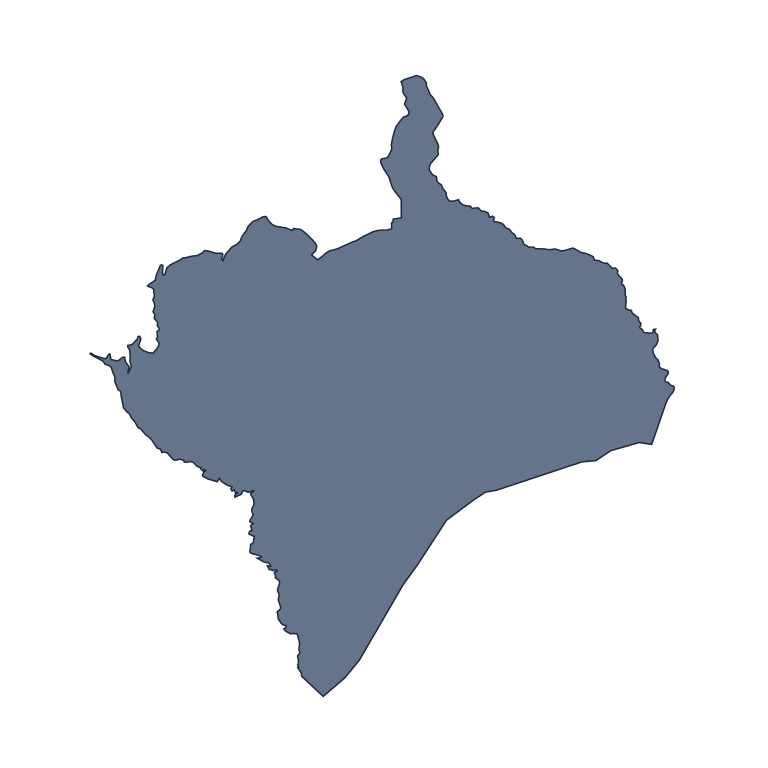 outline of Orsova, Mehedinti, Romania, rotated 352°
{"feature_id": "2599482B96117970441540", "entity_name": "Orsova", "entity_type": "district", "adm_level": 2, "iso_a3": "ROU", "parent_name": "Romania", "parent_adm1": "Mehedinti", "projection": "robinson", "projection_center": [22.398, 44.731], "detail": "fine", "context": "isolated", "style": "filled", "palette": "slate", "viewbox_px": 768, "rotation_deg": 352, "n_neighbors": 0, "source": "geoboundaries", "source_scale": "gbopen_adm2", "svg_char_len": 6156}
<svg xmlns="http://www.w3.org/2000/svg" viewBox="0 0 768 768"><g transform="rotate(352 384 384)"><path d="M468.0,91.9L465.7,87.2L463.6,85.4L459.2,83.1L446.6,85.3L443.0,86.9L444.1,92.5L443.4,96.8L443.6,98.6L446.1,103.6L446.0,104.4L443.3,109.7L446.3,116.9L446.6,117.9L446.0,120.1L445.1,121.1L443.8,121.7L440.5,122.4L436.8,125.6L431.6,131.0L428.6,137.1L426.0,143.6L424.5,148.5L424.5,151.7L423.3,154.3L419.4,159.8L418.1,160.5L413.3,160.7L412.4,161.1L411.8,162.1L411.6,164.4L413.9,171.6L417.6,179.4L419.4,189.5L420.7,193.3L426.7,203.6L424.3,221.8L416.0,222.0L415.6,224.4L413.8,225.8L413.3,231.2L408.1,232.0L402.2,231.1L398.9,231.1L394.4,231.7L385.1,234.6L375.7,238.4L372.7,238.9L356.7,243.6L348.6,244.6L345.8,245.7L339.5,249.7L335.5,251.8L330.2,246.0L334.7,242.7L336.2,239.8L336.6,237.8L335.7,235.1L333.4,231.5L326.9,223.2L322.9,219.3L315.9,217.4L315.4,218.8L314.2,219.0L308.6,215.8L298.8,212.7L295.4,210.4L294.2,208.9L292.1,205.4L290.8,202.3L290.0,201.6L286.6,201.7L284.2,202.9L276.9,204.8L274.5,206.5L271.3,209.1L269.0,212.9L264.9,217.0L262.8,219.9L261.8,222.2L257.9,225.1L252.2,227.3L245.5,233.2L243.1,236.5L241.8,239.5L240.9,239.0L240.6,237.3L242.4,233.4L241.9,232.0L235.8,231.2L227.8,227.5L226.7,227.7L225.2,226.7L222.8,228.5L217.2,230.8L209.9,230.7L204.7,231.4L202.4,231.1L199.6,232.7L189.3,236.1L185.2,238.6L182.2,244.9L181.2,245.4L180.3,245.1L180.0,244.2L181.5,236.0L180.6,235.0L179.0,235.4L173.7,244.5L171.8,249.5L166.3,252.1L163.5,253.8L163.4,254.2L167.4,256.3L169.2,258.1L168.7,261.1L169.0,263.6L168.8,264.8L166.8,268.7L167.8,271.7L167.8,275.3L165.3,280.5L166.9,283.2L165.8,285.9L165.8,287.4L168.1,290.9L168.4,292.3L167.6,294.4L167.7,295.3L169.4,297.8L169.1,298.9L166.4,300.5L166.3,305.8L164.9,307.6L164.9,308.2L166.6,311.3L166.8,313.6L166.5,314.2L163.5,318.0L159.5,321.3L155.4,320.2L150.5,317.6L147.3,314.1L146.4,311.8L149.5,305.8L149.1,303.3L148.4,302.6L147.0,302.9L145.8,305.3L140.2,309.8L135.6,310.2L135.4,311.7L136.8,314.9L136.4,322.7L135.7,324.8L135.6,326.5L136.2,331.6L132.6,337.3L132.0,337.2L132.0,336.4L134.0,331.7L133.9,331.1L131.1,326.2L131.0,321.5L130.4,321.1L128.3,321.4L123.6,324.2L117.4,321.9L116.9,321.0L116.9,316.6L116.4,316.0L115.5,316.4L112.7,319.6L111.4,320.2L101.5,315.7L98.4,312.9L97.9,312.6L97.1,313.1L99.6,315.6L107.9,321.5L109.3,322.9L110.5,325.7L114.4,327.5L116.2,329.8L117.3,335.5L118.3,338.1L118.4,339.6L117.8,344.3L119.8,352.3L121.9,354.5L122.3,356.1L122.0,358.7L122.7,371.3L125.4,375.7L127.6,377.9L129.2,382.6L131.8,386.4L134.3,392.8L136.9,394.8L141.0,401.2L144.1,404.2L146.2,407.2L150.5,416.0L153.5,417.3L154.5,421.0L156.8,420.7L159.8,422.2L164.3,429.0L165.8,430.2L168.7,430.5L170.9,429.9L175.4,432.0L175.2,433.5L177.9,434.1L181.5,433.9L184.1,434.8L187.1,439.2L190.1,441.2L191.0,441.1L190.8,442.7L192.0,444.4L192.6,444.9L193.9,443.7L195.3,444.9L193.1,446.4L191.6,448.8L191.5,449.7L192.1,450.4L195.8,453.2L205.2,457.6L207.8,454.5L208.9,457.0L210.4,458.7L215.1,462.7L219.2,464.8L217.7,466.7L218.7,468.9L221.1,468.2L221.7,471.2L223.8,471.1L223.9,471.6L221.9,472.4L220.6,473.9L220.6,475.3L227.2,473.5L229.1,470.7L230.4,470.0L234.4,472.3L236.0,472.3L240.1,471.3L240.3,471.6L236.8,474.0L236.8,475.3L238.7,479.7L238.7,483.8L238.3,485.5L236.3,488.3L235.4,490.5L235.6,492.8L236.1,494.2L236.1,495.6L232.3,500.3L231.9,501.2L232.2,501.9L234.9,503.9L234.6,504.4L233.0,505.0L232.2,506.0L232.9,510.4L230.5,511.1L229.5,512.9L229.5,514.1L234.3,516.9L232.3,523.3L229.5,524.4L228.8,528.4L227.8,530.5L227.9,532.3L230.3,534.0L233.6,535.1L237.8,537.3L238.6,538.2L236.8,538.8L234.2,538.8L240.3,543.6L244.5,545.0L245.4,545.8L246.3,547.7L246.3,548.7L243.2,547.7L244.6,551.9L246.6,552.1L247.3,553.1L248.1,553.3L251.2,552.9L252.3,554.0L252.0,554.7L250.3,554.7L249.0,555.7L250.1,559.0L249.3,560.7L252.5,563.7L253.1,565.8L252.5,567.7L249.9,572.7L249.9,574.7L250.8,577.1L250.3,580.6L249.5,581.7L249.3,583.4L250.5,590.1L250.2,592.4L246.3,594.9L246.8,597.1L246.5,601.9L249.1,607.1L250.5,608.5L253.0,609.4L253.7,610.2L253.0,611.2L250.8,612.5L250.9,613.6L252.8,615.6L257.1,618.6L259.2,618.2L260.5,619.0L262.1,618.8L263.1,619.6L263.6,621.0L264.3,628.8L262.7,635.7L263.3,638.0L262.5,639.4L260.7,641.0L260.4,642.6L260.9,645.0L260.2,649.2L259.3,650.2L260.2,652.2L259.0,652.6L261.8,658.7L261.9,662.2L280.3,684.9L304.3,669.6L321.3,653.9L374.9,585.6L392.7,567.0L426.9,527.6L455.4,512.0L469.4,505.2L480.3,504.9L569.2,488.7L583.3,489.4L599.2,481.6L628.6,477.5L640.7,481.1L660.5,442.3L662.5,439.0L665.7,435.2L668.5,432.9L670.5,429.9L670.9,427.0L670.1,426.2L667.7,425.2L665.5,421.8L663.4,421.4L662.9,420.9L662.9,418.0L666.8,413.3L667.2,411.0L665.9,409.7L661.6,407.8L660.1,406.7L659.1,405.2L659.5,402.4L658.8,398.5L656.6,395.6L654.9,390.4L654.9,387.6L655.6,385.8L657.4,384.7L659.2,383.0L661.4,379.3L661.8,373.4L659.8,370.9L659.4,369.0L660.6,367.5L658.3,367.5L657.4,370.5L656.2,371.0L648.9,369.3L648.1,368.3L647.3,366.0L645.2,364.0L645.0,363.0L646.2,362.3L646.9,359.9L645.3,357.3L645.0,356.0L645.2,353.9L639.5,348.1L639.2,345.5L636.2,344.7L633.7,342.0L635.5,335.2L635.1,333.6L635.9,332.0L635.3,329.7L636.0,324.7L635.9,322.7L634.9,319.3L633.3,318.6L633.0,317.8L634.6,314.5L634.5,313.3L631.0,308.2L630.5,306.8L631.3,305.0L631.0,303.6L630.2,302.4L629.3,301.4L626.2,301.2L621.7,295.2L619.9,295.2L617.6,294.4L613.7,291.6L609.7,290.7L608.9,287.0L603.0,283.3L597.1,280.9L591.6,276.6L589.7,275.6L582.5,276.8L578.6,277.0L572.2,274.1L565.9,274.0L561.8,272.6L552.6,271.0L551.5,269.4L546.2,268.5L544.7,266.9L541.6,264.8L541.5,262.3L540.6,260.0L539.1,258.5L535.5,258.3L534.2,254.2L531.9,252.1L529.7,248.2L526.4,246.4L524.4,242.5L521.5,240.4L515.9,238.5L515.3,237.7L515.3,236.8L516.4,234.6L514.7,232.9L512.4,233.4L511.2,233.1L511.6,231.9L510.7,229.0L508.2,227.3L504.3,226.2L501.9,222.7L497.8,222.3L496.4,222.6L495.3,221.7L494.3,219.9L490.2,219.0L487.3,217.7L485.1,215.6L483.7,213.0L483.5,211.8L478.6,212.6L474.5,212.0L472.9,209.9L471.9,206.0L472.2,203.1L469.6,198.9L468.5,194.7L466.2,192.8L464.8,190.9L464.7,185.9L461.2,183.6L458.7,178.4L458.9,176.4L460.4,172.6L469.7,164.5L469.8,160.2L471.0,157.4L471.0,154.7L467.5,143.7L467.6,141.2L471.2,137.7L479.5,127.6L479.8,125.7L472.7,107.7L470.0,103.7L467.4,94.0L468.0,91.9Z" fill="#64748b" stroke="#1e293b" stroke-width="1.5"/></g></svg>